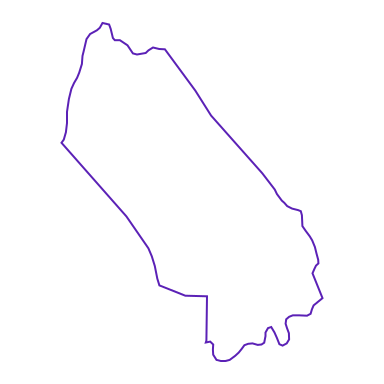 Serian, Sarawak, Malaysia
{"feature_id": "92858781B75054597710860", "entity_name": "Serian", "entity_type": "district", "adm_level": 2, "iso_a3": "MYS", "parent_name": "Malaysia", "parent_adm1": "Sarawak", "projection": "equal_earth", "projection_center": [110.645, 1.147], "detail": "fine", "context": "isolated", "style": "outline", "palette": "violet", "viewbox_px": 384, "rotation_deg": 0, "n_neighbors": 0, "source": "geoboundaries", "source_scale": "gbopen_adm2", "svg_char_len": 1342}
<svg xmlns="http://www.w3.org/2000/svg" viewBox="0 0 384 384"><path d="M61.5,142.8L126.4,216.4L148.4,248.3L151.8,256.3L154.8,266.0L157.3,278.6L159.4,285.4L185.3,295.7L207.0,296.3L206.4,340.5L205.8,342.5L210.2,341.6L213.2,344.5L212.9,349.6L213.2,354.7L216.5,359.9L220.8,361.0L225.4,361.0L229.7,359.9L235.2,355.8L238.7,352.6L241.7,348.9L244.4,345.2L248.2,343.8L252.5,343.4L257.7,344.9L261.5,344.5L264.2,342.7L265.5,336.1L265.5,332.5L268.0,328.1L271.2,327.0L274.5,332.5L276.9,337.9L279.4,344.2L282.6,345.6L286.7,343.4L289.1,339.4L288.9,333.2L287.0,328.1L285.6,323.7L286.2,319.3L289.1,316.8L292.9,315.3L298.4,315.3L307.0,315.7L310.6,313.8L311.9,309.4L313.6,305.4L322.5,298.1L312.5,273.3L314.4,268.9L316.0,265.6L318.4,263.4L318.2,259.8L316.5,253.5L314.9,247.0L312.2,240.4L309.8,236.4L305.7,230.9L302.4,226.1L302.2,221.4L301.9,215.2L300.8,211.2L298.1,210.1L292.1,208.6L287.2,206.1L284.3,202.8L281.8,200.6L276.9,194.0L274.8,189.6L262.3,173.3L211.1,115.6L195.3,90.6L164.9,49.3L159.2,49.0L153.0,47.5L148.4,50.4L145.7,53.0L137.0,54.5L132.9,53.4L127.5,45.3L119.9,40.2L114.8,40.2L112.9,38.0L110.7,28.9L109.1,24.5L102.5,23.0L99.8,27.8L96.9,30.3L90.1,34.0L86.5,39.1L83.6,51.5L82.5,55.9L81.9,64.0L79.2,72.7L77.1,77.8L74.1,82.9L71.4,88.8L68.9,99.0L67.0,111.8L67.0,123.1L65.9,132.3L63.8,139.6L61.5,142.8Z" fill="none" stroke="#5b21b6" stroke-width="2"/></svg>